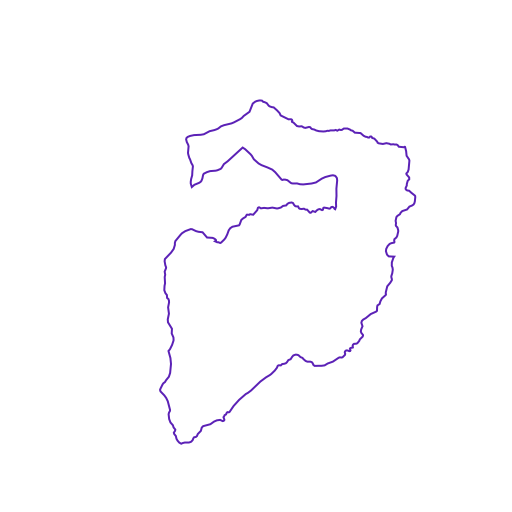 the district of Colon, Nariño, Colombia, rotated 137°
{"feature_id": "7082276B55719342922597", "entity_name": "Colon", "entity_type": "district", "adm_level": 2, "iso_a3": "COL", "parent_name": "Colombia", "parent_adm1": "Nariño", "projection": "albers", "projection_center": [-77.053, 1.629], "detail": "fine", "context": "isolated", "style": "outline", "palette": "violet", "viewbox_px": 512, "rotation_deg": 137, "n_neighbors": 0, "source": "geoboundaries", "source_scale": "gbopen_adm2", "svg_char_len": 6118}
<svg xmlns="http://www.w3.org/2000/svg" viewBox="0 0 512 512"><g transform="rotate(137 256 256)"><path d="M346.4,293.5L347.6,290.6L347.8,288.2L349.6,286.0L349.4,284.3L350.1,282.7L351.3,281.3L355.3,278.4L359.0,273.2L363.8,269.8L365.6,267.5L367.1,260.1L370.5,256.8L371.9,252.8L373.1,251.3L374.0,250.4L378.0,248.2L382.5,246.5L384.8,246.2L388.2,239.7L391.8,235.0L398.6,229.0L402.1,227.1L406.5,226.5L408.5,225.9L410.6,226.1L411.9,225.8L416.4,224.1L417.5,223.5L418.2,222.1L418.1,216.6L418.5,213.4L419.6,209.9L423.8,202.1L424.5,201.4L426.4,200.8L427.8,199.9L430.7,196.0L432.1,192.6L432.2,188.9L433.2,186.8L433.4,184.1L434.3,183.4L436.6,182.8L437.2,181.6L437.4,179.0L438.8,176.6L439.3,174.5L439.4,171.9L438.7,169.7L437.2,169.2L435.4,168.2L432.2,165.3L430.5,164.5L429.7,164.4L427.7,164.6L426.4,165.3L425.3,165.6L424.8,165.6L423.5,164.7L422.0,164.6L420.0,165.5L415.6,165.7L412.7,167.5L410.7,167.6L404.1,164.1L399.6,163.5L396.7,162.5L394.0,160.6L393.0,158.0L392.1,157.5L391.1,157.6L390.7,158.0L389.7,160.3L388.8,160.4L387.5,161.0L386.0,160.6L384.3,161.3L383.4,161.3L382.5,160.2L381.7,160.0L374.6,161.6L366.4,162.3L357.6,162.0L355.2,161.4L351.3,161.0L338.4,161.2L331.3,160.4L327.2,159.5L325.4,159.3L320.4,159.4L316.9,160.0L315.2,160.8L314.6,160.8L313.8,160.5L312.5,159.1L310.5,159.1L309.0,158.0L307.3,157.2L305.9,157.2L303.3,157.8L301.1,156.9L298.4,157.6L296.5,157.8L294.4,156.9L293.4,155.9L292.6,154.5L292.4,151.7L291.5,149.8L291.6,148.3L291.3,145.4L290.5,143.7L288.3,141.6L287.6,140.3L287.7,138.8L288.3,137.3L288.1,135.7L282.8,130.9L280.4,129.2L276.9,128.5L271.8,126.3L264.9,125.2L263.8,124.7L262.8,123.5L261.8,122.9L258.4,123.0L257.5,123.6L256.8,125.0L256.0,125.5L254.9,125.5L254.4,125.4L253.4,124.4L252.7,122.8L251.9,122.3L251.2,122.6L250.6,124.1L250.2,124.3L249.3,124.1L247.6,123.0L247.4,123.1L246.6,124.4L245.5,125.0L244.2,124.9L242.5,123.5L241.4,123.1L238.4,123.5L236.9,124.2L233.0,124.3L231.9,124.9L231.6,125.3L231.4,128.0L230.8,129.3L229.3,130.5L226.0,132.0L224.5,135.3L222.9,136.3L221.0,136.4L218.1,135.7L211.7,135.3L206.1,133.4L204.9,133.4L202.2,136.1L200.9,137.0L198.3,136.6L196.0,138.0L192.8,139.1L187.7,139.0L187.0,139.4L186.6,140.2L185.6,141.1L180.7,144.3L176.0,144.9L173.1,145.7L172.4,146.4L171.6,148.0L170.9,148.9L168.2,150.4L165.3,152.7L164.1,154.4L163.4,156.2L161.0,158.7L156.7,161.0L155.4,161.3L159.1,165.1L159.3,166.9L159.1,168.0L157.7,170.9L155.9,172.4L152.9,173.5L150.0,173.7L148.3,173.1L145.8,171.6L145.2,171.8L144.3,173.2L143.3,173.9L140.7,173.8L139.0,174.4L135.3,176.9L134.4,177.9L133.1,180.4L133.1,182.5L132.7,183.3L131.2,184.5L129.9,186.5L126.8,188.7L125.2,188.9L122.3,188.4L120.7,189.0L118.4,189.1L113.8,187.0L110.1,187.5L107.5,186.5L105.7,186.2L104.2,186.6L102.6,187.6L99.4,190.4L98.7,191.3L98.6,191.9L99.3,196.6L99.5,199.3L100.7,200.8L101.0,202.0L100.8,203.1L100.0,203.8L97.7,204.7L96.6,205.8L93.8,207.5L91.6,207.6L90.4,209.0L90.3,212.8L90.0,213.6L89.7,213.8L87.6,214.0L85.4,215.2L78.8,221.1L78.2,222.2L77.5,226.6L74.7,230.3L72.6,234.1L72.7,234.4L73.8,234.8L77.0,238.5L76.8,240.5L77.2,241.7L78.7,243.1L79.3,244.0L81.4,245.7L81.9,247.1L83.7,249.6L86.8,251.4L89.4,254.7L89.8,255.9L89.4,256.9L89.4,260.7L89.5,261.4L90.5,263.0L90.2,263.9L90.3,264.9L91.0,265.5L92.6,265.5L93.4,266.5L93.6,267.3L94.6,268.6L95.3,270.6L95.7,274.6L99.6,278.8L99.9,281.7L100.9,283.3L101.0,284.3L102.2,286.9L104.8,289.3L107.3,289.7L108.3,290.6L108.9,291.7L111.1,292.2L111.7,293.8L113.1,294.5L115.9,297.1L117.4,297.8L118.4,298.9L120.0,299.7L121.8,301.1L124.8,304.3L126.4,306.8L127.1,308.7L128.5,310.7L128.7,311.9L128.5,313.1L129.2,314.2L132.5,316.0L133.4,317.3L134.1,319.7L136.1,321.3L137.4,323.1L137.6,328.0L138.2,329.5L138.0,329.9L137.1,330.3L136.8,331.2L137.1,332.1L139.0,333.8L142.1,342.0L141.3,344.4L141.3,348.2L141.7,352.6L142.9,354.1L143.9,356.0L144.2,357.1L143.9,360.5L144.9,362.9L145.6,363.8L145.6,365.4L146.5,366.6L147.5,367.5L149.7,368.8L151.3,369.4L154.4,369.7L162.4,365.9L169.5,366.8L172.1,366.6L174.2,366.9L181.1,368.8L183.5,369.7L190.2,373.5L193.2,374.7L196.7,375.0L198.3,375.5L200.6,376.5L204.8,378.9L211.1,380.6L213.7,382.3L218.9,386.7L222.4,388.8L224.8,389.7L226.4,389.7L227.6,388.9L228.9,386.5L229.7,383.7L230.5,382.2L235.4,377.8L236.3,376.4L237.9,373.2L238.3,371.7L239.9,368.1L240.5,365.5L241.1,364.5L244.7,361.4L247.7,358.5L251.0,356.5L253.2,354.7L254.3,353.5L255.9,350.2L252.5,350.1L247.7,348.3L246.0,348.0L244.6,348.2L242.3,349.3L239.5,351.3L238.1,351.8L234.7,350.8L231.7,349.4L227.3,345.9L225.7,345.0L222.4,343.8L221.0,343.9L216.8,345.1L212.1,344.6L191.8,344.4L191.1,341.5L190.6,334.1L190.7,332.2L191.6,328.2L191.0,321.9L190.0,318.7L187.2,312.9L185.2,308.1L184.8,304.2L185.2,294.4L184.8,293.6L183.6,293.0L182.6,292.0L181.3,290.0L180.7,285.7L180.3,284.8L179.5,283.8L176.5,281.1L174.9,278.5L172.6,276.1L165.9,271.1L162.0,268.9L155.1,267.7L151.5,266.5L146.6,263.9L144.7,262.6L143.5,260.8L143.4,259.7L143.7,257.8L145.1,255.9L151.3,250.4L156.2,245.0L161.1,240.5L163.7,237.5L166.2,236.2L166.4,236.8L166.1,238.0L166.4,239.6L167.5,240.4L169.3,240.2L170.1,240.6L171.2,242.4L173.2,245.0L174.0,245.2L175.5,244.2L175.9,244.3L176.4,244.5L177.3,246.8L178.6,247.6L180.3,247.9L182.6,247.8L183.9,250.2L186.5,250.3L187.1,251.1L187.0,255.0L188.2,256.2L188.7,257.9L190.7,259.3L191.9,260.9L192.0,261.7L191.4,263.6L192.9,265.0L193.3,265.8L193.3,267.7L192.8,269.3L193.4,270.8L195.6,272.3L197.4,272.7L199.4,272.4L202.1,274.2L204.8,274.5L207.5,275.9L208.3,276.5L211.0,280.2L214.8,282.8L217.3,285.7L219.9,287.5L220.4,289.3L221.0,289.8L221.8,289.9L223.8,288.7L229.9,288.1L231.8,290.6L232.8,290.7L234.4,292.4L235.0,292.4L237.0,291.7L239.7,292.3L242.1,292.4L246.5,290.2L247.5,290.0L253.3,293.5L255.9,293.9L258.4,293.4L262.3,291.4L265.7,290.1L267.9,289.7L272.3,289.6L273.3,289.9L274.2,291.8L275.0,292.5L275.9,294.7L274.8,294.5L274.4,295.0L274.4,296.0L274.9,297.9L275.5,299.0L279.2,302.9L278.9,309.8L281.6,313.0L282.9,315.1L284.5,319.2L285.4,320.2L290.7,322.4L294.5,323.1L296.5,323.0L304.8,321.9L306.4,320.9L307.8,319.4L311.4,317.3L315.9,316.4L324.7,315.9L326.4,314.5L328.6,311.1L329.5,309.0L330.2,308.4L333.4,306.9L335.2,304.2L337.1,302.9L341.2,298.0L343.3,296.5L346.4,293.5Z" fill="none" stroke="#5b21b6" stroke-width="2"/></g></svg>